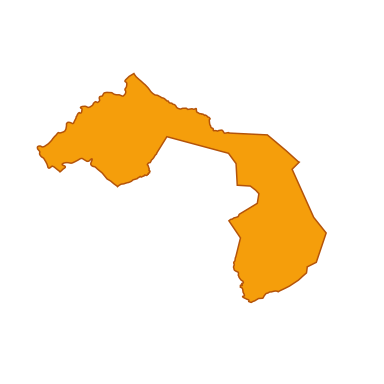 La Libertad, Comayagua, Honduras (orthographic projection), rotated 326°
{"feature_id": "27666195B37640617369838", "entity_name": "La Libertad", "entity_type": "district", "adm_level": 2, "iso_a3": "HND", "parent_name": "Honduras", "parent_adm1": "Comayagua", "projection": "orthographic", "projection_center": [-87.636, 14.872], "detail": "fine", "context": "isolated", "style": "filled", "palette": "amber", "viewbox_px": 384, "rotation_deg": 326, "n_neighbors": 0, "source": "geoboundaries", "source_scale": "gbopen_adm2", "svg_char_len": 5909}
<svg xmlns="http://www.w3.org/2000/svg" viewBox="0 0 384 384"><g transform="rotate(326 192 192)"><path d="M280.3,301.0L278.7,281.1L287.7,229.1L297.6,227.2L297.0,226.1L293.1,210.3L286.4,186.8L255.6,163.8L255.7,163.5L255.4,163.1L252.0,161.6L251.8,161.3L251.7,161.0L251.7,158.1L251.4,157.5L250.7,157.0L248.4,155.9L247.4,155.9L246.1,154.5L245.4,153.9L244.5,153.5L244.1,153.1L244.1,152.7L244.8,151.7L244.9,151.2L244.8,150.8L244.3,150.1L244.0,149.6L243.9,149.0L244.0,148.3L244.3,147.9L244.4,147.5L244.4,146.6L244.6,145.7L245.6,143.7L246.7,141.8L246.9,141.7L247.7,141.6L248.0,141.3L248.0,140.9L247.8,139.6L247.6,139.3L247.0,138.6L246.8,137.0L246.5,136.5L246.3,135.9L246.0,135.7L245.3,135.6L245.1,135.1L245.1,134.5L244.4,133.3L243.6,133.0L243.5,132.5L243.3,132.2L242.1,131.3L241.5,129.9L240.8,128.8L240.9,127.5L241.9,125.8L242.1,125.3L242.0,125.1L241.7,124.9L240.0,124.6L239.5,124.2L239.0,123.5L238.4,122.9L234.7,121.2L234.2,119.5L233.9,119.2L231.1,117.4L230.5,117.2L229.1,116.9L228.8,116.7L228.4,116.4L227.0,114.6L226.6,113.4L226.6,112.7L226.7,111.5L226.5,110.2L226.2,109.6L225.1,108.3L224.9,107.1L223.6,106.0L223.1,105.3L223.0,104.9L223.2,103.5L223.0,103.2L222.2,102.7L222.2,101.9L221.6,100.7L221.5,99.5L221.1,98.7L220.5,97.8L219.7,97.0L218.9,95.2L218.1,93.8L217.6,92.7L216.9,92.0L216.3,91.6L215.5,90.7L214.5,88.2L214.0,85.7L213.9,82.4L213.8,80.9L213.2,77.3L213.0,76.4L212.7,75.5L211.7,71.3L211.1,69.3L210.1,65.2L210.0,62.6L210.1,61.3L204.6,61.0L200.7,61.7L199.6,61.9L198.7,62.3L198.4,62.6L198.3,62.9L198.8,64.4L198.8,65.0L198.5,65.8L197.8,66.7L196.9,67.7L196.3,68.2L195.4,68.7L194.5,68.9L193.9,69.4L193.5,69.9L193.5,71.1L193.3,71.5L192.8,72.3L192.3,72.8L191.3,73.4L188.9,74.0L188.4,73.9L187.7,73.3L186.7,71.7L186.0,70.7L183.9,69.3L182.6,68.0L181.9,67.0L181.1,64.9L180.8,64.6L177.1,61.8L175.6,61.1L174.6,60.8L174.1,60.9L173.5,61.1L171.5,62.2L170.9,62.1L169.4,61.5L168.9,61.4L168.3,61.6L168.1,61.7L167.5,62.5L167.3,62.9L166.9,64.0L166.5,64.6L165.3,65.0L163.9,65.0L163.5,64.8L162.7,63.3L162.4,63.2L161.9,63.1L159.8,63.4L159.0,64.1L157.7,64.5L155.2,64.5L154.3,64.3L153.3,63.9L152.9,63.6L152.3,62.3L151.3,61.1L148.8,59.7L147.8,59.5L147.2,59.4L146.8,59.6L146.7,60.0L146.8,60.4L147.2,61.4L147.2,61.7L146.7,62.4L145.7,63.4L145.3,63.9L144.7,64.2L144.1,64.4L143.5,64.2L143.3,64.1L143.1,63.3L142.8,63.1L142.0,63.1L141.4,63.2L139.8,64.0L139.3,64.5L138.2,64.8L137.1,65.9L134.0,67.6L132.9,68.3L132.4,68.6L131.8,68.7L131.4,68.6L131.2,68.4L130.1,66.6L128.9,65.3L127.9,64.8L127.0,64.9L126.3,65.1L126.0,65.4L124.9,67.0L122.8,69.2L121.8,69.8L120.8,70.3L119.1,70.3L116.5,69.6L115.5,69.2L114.6,68.2L114.4,68.0L114.1,68.0L113.1,68.2L110.5,69.0L109.3,69.1L106.2,70.0L104.5,70.7L100.9,71.5L99.3,71.7L95.1,71.7L94.0,71.4L93.0,70.9L92.2,69.4L91.9,69.0L91.0,68.4L90.3,68.2L89.6,68.1L89.2,68.2L88.9,68.4L88.6,68.8L88.1,69.9L88.4,73.0L88.3,73.5L88.1,73.9L87.7,74.2L86.9,75.2L86.7,76.2L86.7,77.3L86.9,78.8L87.2,79.3L87.9,81.0L87.9,81.3L87.7,85.2L87.4,87.6L87.0,89.2L86.4,90.9L86.4,91.4L86.5,91.9L86.8,92.3L87.5,92.5L88.1,92.5L90.4,92.3L90.6,92.4L91.7,94.1L93.1,98.8L93.6,100.2L93.8,101.5L95.1,101.4L98.1,100.9L99.9,100.9L100.7,100.7L101.1,100.2L101.1,99.5L99.7,97.1L99.7,96.8L99.9,96.4L100.2,96.2L100.9,96.2L101.7,96.3L102.7,96.6L104.3,97.4L105.8,98.5L107.5,100.2L108.1,100.6L108.8,100.9L109.7,101.1L111.6,101.4L115.1,101.8L117.4,101.9L118.2,102.0L119.0,102.3L119.6,102.7L119.9,103.1L120.5,104.5L121.8,107.3L122.1,107.8L122.6,108.2L123.2,108.5L123.8,108.7L125.0,108.6L126.5,108.3L127.1,108.4L127.5,108.5L127.6,108.9L127.3,109.4L124.6,111.3L123.8,112.0L123.5,112.8L123.5,113.8L123.7,114.4L124.0,115.0L124.3,115.5L125.5,116.7L125.9,117.6L126.5,120.3L128.2,126.0L128.9,133.7L130.7,137.4L131.8,141.4L133.2,145.2L133.2,145.9L135.3,145.7L137.7,145.9L140.0,147.1L143.3,148.0L144.6,148.6L146.8,149.1L148.0,149.2L149.3,149.0L150.1,149.0L154.0,150.3L154.6,150.1L156.2,150.2L157.6,150.1L157.9,150.3L157.9,150.8L158.4,151.3L160.0,151.5L161.2,151.9L161.6,151.6L162.3,151.5L162.6,151.8L163.2,152.6L163.8,152.9L164.5,152.9L165.2,152.5L165.7,152.8L166.2,152.2L166.6,152.0L167.0,152.1L167.4,152.4L167.5,152.4L167.7,152.2L168.1,151.6L168.8,151.3L168.8,150.9L168.6,150.6L168.5,149.9L169.4,149.0L169.5,148.7L169.9,147.1L170.3,145.9L170.4,145.1L170.2,144.5L170.3,144.3L171.0,143.9L172.3,143.6L173.6,144.1L173.8,144.2L175.1,143.6L176.3,142.8L177.5,142.7L179.3,142.2L182.1,140.9L183.4,140.7L184.1,140.5L184.5,140.0L202.1,132.1L243.9,180.3L244.4,193.1L233.3,211.7L243.7,219.7L245.8,226.1L246.5,230.8L239.8,237.9L219.1,236.9L218.5,237.0L216.6,238.2L215.5,238.0L213.8,237.5L212.5,237.0L211.9,236.9L210.4,237.0L208.6,236.3L206.5,236.5L206.5,257.2L192.1,270.2L191.0,270.9L189.3,272.9L188.8,273.2L187.6,273.5L187.2,273.8L186.9,274.2L186.6,275.3L186.3,275.9L185.9,276.4L185.2,276.7L184.7,277.2L184.4,277.5L184.2,278.0L183.9,279.2L183.5,279.9L183.5,280.7L184.2,282.3L185.2,283.9L185.4,284.5L185.3,284.8L184.9,285.7L184.0,286.6L183.8,286.9L183.6,288.3L183.3,289.1L183.4,292.1L183.5,292.6L184.3,294.4L184.3,294.6L184.1,295.2L183.9,295.9L183.7,296.0L182.6,295.9L182.3,295.7L182.0,295.8L181.8,297.2L181.6,297.4L181.4,297.5L181.2,297.3L180.7,296.6L180.1,296.4L179.9,296.5L179.7,296.7L179.3,297.6L178.9,297.8L179.0,298.2L179.5,298.8L179.8,299.8L179.7,300.6L179.6,301.1L178.3,303.7L178.1,305.6L177.8,306.7L177.6,307.1L177.2,307.3L176.9,307.3L175.8,306.9L175.5,307.0L175.4,307.2L175.5,307.8L175.9,308.7L177.2,310.9L177.6,311.7L178.6,313.0L178.6,313.5L178.3,314.3L178.2,314.4L177.9,314.4L177.8,314.5L179.0,316.3L179.5,316.7L181.3,316.8L183.1,317.3L187.5,317.5L188.1,317.8L190.8,319.4L191.4,319.6L191.8,319.5L193.9,318.4L196.5,317.6L197.1,317.7L198.5,318.2L200.3,318.3L200.8,318.5L201.9,319.2L204.7,320.2L205.9,320.8L206.5,321.3L207.1,321.9L207.4,322.3L207.6,322.9L209.5,323.0L215.4,323.9L220.2,324.5L230.8,324.6L234.4,324.1L236.0,323.8L241.6,323.1L242.2,322.5L245.0,319.3L245.4,318.9L245.6,318.5L255.7,319.8L280.3,301.0Z" fill="#f59e0b" stroke="#b45309" stroke-width="1.5"/></g></svg>